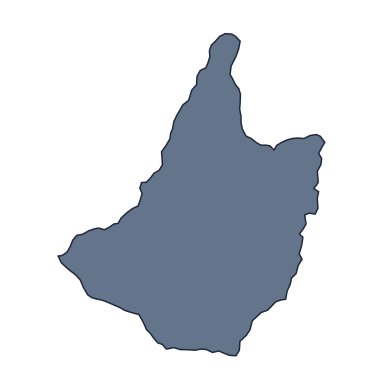 Arapuá, Minas Gerais, Brazil (Equal Earth projection), rotated 4°
{"feature_id": "56859067B22852370679078", "entity_name": "Arapuá", "entity_type": "district", "adm_level": 2, "iso_a3": "BRA", "parent_name": "Brazil", "parent_adm1": "Minas Gerais", "projection": "equal_earth", "projection_center": [-46.116, -19.025], "detail": "fine", "context": "isolated", "style": "filled", "palette": "slate", "viewbox_px": 384, "rotation_deg": 4, "n_neighbors": 0, "source": "geoboundaries", "source_scale": "gbopen_adm2", "svg_char_len": 1976}
<svg xmlns="http://www.w3.org/2000/svg" viewBox="0 0 384 384"><g transform="rotate(4 192 192)"><path d="M321.0,133.2L316.1,127.5L312.1,126.0L305.8,127.4L300.1,130.8L294.0,130.8L289.3,131.4L283.7,133.2L277.9,136.3L273.3,139.6L270.9,144.4L266.4,140.5L262.1,140.1L257.4,140.5L252.4,138.0L247.7,134.7L241.7,132.2L237.7,125.4L236.1,119.3L235.5,112.7L233.8,106.3L233.8,98.8L233.5,91.1L231.5,85.8L227.6,81.6L224.7,76.4L221.8,72.2L222.2,63.7L226.3,54.0L228.6,45.8L229.5,38.2L224.7,33.8L220.7,31.7L214.1,31.7L208.7,34.9L205.2,39.5L200.9,44.4L199.5,50.1L200.4,55.8L199.0,61.6L197.3,67.0L191.7,70.3L189.0,76.1L189.0,84.8L184.7,90.3L182.2,100.9L176.8,105.7L174.5,110.6L171.4,116.8L168.9,123.3L168.3,129.9L166.6,135.0L166.2,140.7L162.7,147.7L158.8,154.0L159.8,160.4L160.6,167.0L157.8,172.5L152.7,176.1L149.2,181.6L145.7,185.5L141.0,186.1L139.7,191.8L142.3,196.7L140.8,204.2L139.2,209.7L133.8,212.7L128.4,217.3L123.0,223.1L120.5,228.4L116.3,229.4L112.0,232.9L107.5,235.7L101.2,234.5L96.9,235.7L91.9,237.8L85.8,241.8L80.0,243.3L76.4,248.4L74.5,254.5L71.5,260.7L67.2,264.2L63.0,265.3L66.6,271.7L70.6,275.0L75.3,278.6L81.8,282.8L86.7,287.6L90.4,294.9L95.1,301.8L99.2,304.3L103.5,305.3L109.8,306.1L116.5,308.2L121.6,310.0L127.7,312.2L133.6,314.9L139.2,316.3L147.5,317.9L152.2,324.9L156.3,332.5L160.6,336.3L163.8,340.2L168.2,344.8L173.2,346.2L177.3,350.5L184.9,348.5L191.2,350.0L199.9,349.6L206.1,349.6L211.8,348.1L217.3,348.1L223.6,350.6L229.9,348.7L234.9,350.5L240.7,352.3L247.3,352.3L250.3,346.6L250.2,337.5L256.2,331.2L259.5,325.2L261.1,316.3L269.5,307.3L275.6,304.7L279.8,299.8L283.2,295.6L288.6,293.4L292.9,292.5L293.8,284.3L296.5,276.9L297.2,271.0L301.5,266.2L303.0,258.0L306.5,251.4L303.3,246.3L305.1,237.5L305.8,229.4L302.1,226.4L305.1,221.8L308.0,216.0L306.0,207.0L310.4,204.9L316.4,205.4L318.7,199.5L317.4,189.4L318.3,183.0L313.4,180.1L317.2,173.7L315.6,162.5L318.7,155.6L319.0,149.6L315.6,144.7L318.3,138.7L321.0,133.2Z" fill="#64748b" stroke="#1e293b" stroke-width="1.5"/></g></svg>